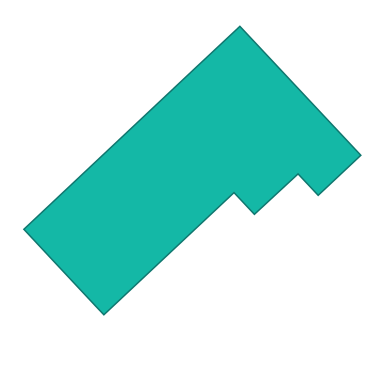 Defiance, Ohio, United States of America (Equal Earth projection), rotated 317°
{"feature_id": "52423323B79040942886335", "entity_name": "Defiance", "entity_type": "district", "adm_level": 2, "iso_a3": "USA", "parent_name": "United States of America", "parent_adm1": "Ohio", "projection": "equal_earth", "projection_center": [-84.614, 41.297], "detail": "fine", "context": "isolated", "style": "filled", "palette": "teal", "viewbox_px": 384, "rotation_deg": 317, "n_neighbors": 0, "source": "geoboundaries", "source_scale": "gbopen_adm2", "svg_char_len": 343}
<svg xmlns="http://www.w3.org/2000/svg" viewBox="0 0 384 384"><g transform="rotate(317 192 192)"><path d="M43.6,104.6L43.6,114.4L43.6,116.6L43.6,143.8L43.7,209.1L43.7,209.3L43.8,221.7L222.3,221.1L222.4,250.9L281.9,251.1L282.0,280.5L340.5,280.3L340.0,103.5L281.7,103.6L43.6,104.6Z" fill="#14b8a6" stroke="#0f766e" stroke-width="1.5"/></g></svg>